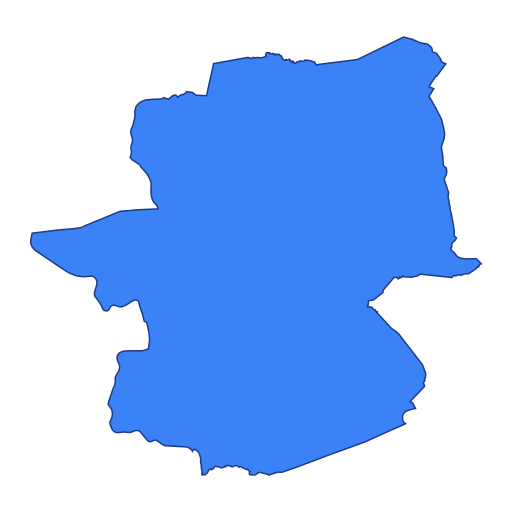 Tangamandapio, Michoacán, Mexico (orthographic projection)
{"feature_id": "50627088B20448170324578", "entity_name": "Tangamandapio", "entity_type": "district", "adm_level": 2, "iso_a3": "MEX", "parent_name": "Mexico", "parent_adm1": "Michoacán", "projection": "orthographic", "projection_center": [-102.457, 19.89], "detail": "fine", "context": "isolated", "style": "filled", "palette": "blue", "viewbox_px": 512, "rotation_deg": 0, "n_neighbors": 0, "source": "geoboundaries", "source_scale": "gbopen_adm2", "svg_char_len": 5977}
<svg xmlns="http://www.w3.org/2000/svg" viewBox="0 0 512 512"><path d="M403.7,37.0L358.7,58.9L356.8,59.6L318.8,64.4L316.2,65.0L315.1,62.7L314.3,62.0L309.2,60.5L308.0,60.3L307.3,60.5L305.3,59.9L304.9,60.2L305.1,60.6L304.1,61.1L302.3,61.4L302.1,61.0L299.7,61.0L299.9,61.4L297.9,62.1L296.8,61.9L295.8,63.2L295.1,63.6L294.1,62.7L293.6,63.0L293.3,62.9L293.2,62.4L293.5,61.6L293.0,61.2L292.0,61.2L291.8,62.0L291.4,62.1L290.3,61.4L290.1,60.6L290.4,60.2L289.7,59.4L289.0,59.3L287.8,60.1L287.0,60.0L286.4,59.4L286.2,59.4L285.5,60.2L285.0,59.9L284.7,60.1L284.0,60.1L283.0,59.4L282.6,58.2L281.5,57.7L281.8,56.8L281.3,55.9L280.8,56.0L278.9,54.3L278.1,54.6L277.6,54.5L277.2,54.2L275.8,54.2L275.1,54.5L274.9,55.0L274.5,54.8L274.4,53.9L274.0,53.7L272.6,53.5L272.3,54.0L270.6,53.9L269.6,52.7L268.4,52.8L267.5,52.5L266.3,52.9L266.0,53.8L265.7,55.7L266.1,56.1L265.5,56.6L261.0,57.9L257.3,57.4L256.8,57.8L256.3,57.9L252.7,57.5L251.9,58.7L247.9,57.4L213.6,63.6L206.5,95.7L195.8,95.2L192.6,92.5L186.4,91.6L185.1,93.5L183.8,94.2L181.3,94.8L178.3,96.6L177.8,97.3L176.2,95.3L174.8,95.0L172.4,95.8L169.2,98.8L167.8,98.9L166.5,98.7L163.8,97.6L162.0,98.7L160.3,99.1L154.4,99.2L145.8,99.9L140.7,101.9L138.1,104.1L136.7,105.6L135.8,107.2L134.9,111.1L134.8,112.9L135.0,114.4L134.9,116.6L134.4,119.1L132.8,125.9L131.6,128.1L131.0,130.2L130.7,132.6L132.6,139.7L132.4,141.8L131.0,146.0L131.0,148.2L131.5,152.1L131.2,154.3L130.1,157.5L132.2,159.8L139.7,164.7L141.0,167.1L146.6,173.3L147.9,175.3L149.1,177.5L151.1,182.8L151.2,185.0L151.0,186.6L151.0,191.7L151.2,194.4L152.0,198.6L153.2,201.4L156.8,205.4L157.5,206.6L158.0,208.9L136.9,209.8L131.7,210.4L121.1,211.2L119.6,211.5L85.8,225.4L81.5,227.5L74.9,228.5L56.1,230.2L32.1,233.2L30.9,239.5L30.7,242.2L30.9,243.6L32.0,246.8L33.5,248.6L35.3,250.4L60.7,267.6L67.5,272.0L70.6,273.6L75.2,275.4L77.9,276.1L82.0,276.6L84.2,276.7L91.6,276.1L93.8,276.8L95.4,278.1L96.9,280.8L96.9,283.1L96.7,284.7L96.2,286.7L94.5,292.2L94.4,293.1L94.7,295.5L95.2,296.7L98.0,300.2L100.7,304.4L102.6,308.5L103.7,310.1L104.9,310.7L106.2,310.9L107.8,310.7L108.7,309.9L110.7,306.7L111.2,306.0L112.6,305.3L114.2,305.2L119.9,306.8L121.5,306.8L124.9,305.6L129.4,303.0L131.2,301.7L134.3,300.1L135.9,299.9L137.9,300.7L138.6,301.6L139.8,306.5L141.5,311.5L142.4,313.6L144.3,321.3L146.2,322.1L146.9,323.2L149.0,332.5L149.6,339.1L149.2,343.4L148.6,347.3L148.2,349.0L143.9,350.4L141.4,350.8L132.8,350.7L125.2,351.0L122.4,351.5L119.6,352.6L118.0,354.6L117.3,355.9L117.1,357.0L117.1,359.2L118.3,362.6L119.5,365.3L119.6,368.5L118.6,371.3L115.6,376.5L115.2,378.3L115.3,381.2L114.7,385.0L113.2,388.4L109.1,400.3L108.3,402.8L108.2,404.4L111.4,409.1L112.1,411.0L112.4,414.1L112.0,417.0L110.8,420.4L109.9,421.8L109.9,422.9L110.2,424.6L111.9,428.9L112.9,430.3L114.1,431.5L115.6,432.3L117.2,432.7L123.5,432.0L129.2,432.5L132.2,431.9L134.0,430.9L137.1,430.4L138.8,430.8L140.1,431.6L147.4,440.4L148.7,441.4L149.8,441.7L150.8,441.7L151.6,441.5L153.9,440.3L155.2,440.1L156.1,440.2L156.9,440.6L162.1,444.3L165.0,445.6L166.2,445.8L186.2,446.9L188.3,447.5L190.4,448.8L191.8,450.2L192.5,451.2L192.7,450.5L193.6,449.7L194.6,449.4L195.3,449.6L197.4,451.1L199.2,453.2L200.6,458.0L200.6,459.9L200.9,461.2L200.5,462.0L201.3,465.2L201.2,466.7L201.5,468.2L201.5,469.2L202.3,471.6L202.3,472.4L201.7,473.8L202.0,474.3L202.0,474.9L203.1,474.9L203.7,474.4L205.3,474.8L206.4,473.2L207.5,472.8L208.2,471.0L208.6,470.7L208.6,469.9L209.9,469.2L211.4,469.6L211.5,468.9L212.9,469.1L213.6,468.0L215.1,466.3L216.4,466.4L217.0,466.7L218.2,466.7L221.7,467.9L224.3,467.0L224.4,466.4L224.9,466.3L225.7,466.8L225.8,466.0L226.1,465.6L226.8,465.4L227.7,465.8L228.6,465.6L230.2,466.0L232.1,466.9L233.9,466.0L235.7,465.7L236.7,465.7L237.6,466.0L239.1,467.2L239.9,466.4L240.5,466.4L241.1,466.7L241.7,467.4L243.6,468.0L245.6,469.2L247.0,469.5L247.8,469.5L248.9,470.9L250.2,471.7L249.2,473.2L249.6,474.5L250.7,474.9L255.5,474.9L257.4,473.2L258.4,472.7L261.0,472.4L261.9,472.8L262.6,473.2L264.2,473.3L269.0,475.0L277.8,472.1L280.8,472.3L282.4,472.1L297.7,466.8L327.5,455.5L365.0,441.9L383.7,433.4L405.6,423.7L403.9,422.6L402.7,420.4L402.5,417.2L402.8,414.9L404.2,412.9L406.1,411.2L411.8,409.2L415.5,408.5L413.1,403.5L412.1,402.4L410.0,401.7L424.6,386.3L423.5,382.5L423.7,381.7L424.8,381.0L424.9,380.7L424.6,380.0L424.6,379.3L425.1,378.2L425.7,375.9L425.6,372.6L424.5,370.3L422.5,364.8L399.2,334.6L396.1,331.6L391.7,328.6L377.0,312.8L377.4,312.6L377.5,311.9L375.7,311.6L375.5,310.0L373.9,309.5L373.2,309.0L371.9,307.4L371.5,307.2L369.1,306.8L367.5,306.8L367.9,306.3L368.0,304.7L368.4,304.1L368.3,300.9L373.6,299.9L382.6,292.7L383.1,292.1L382.8,291.4L383.2,290.1L394.2,277.3L396.9,277.5L398.2,278.9L399.2,278.2L399.5,276.9L399.9,277.0L399.9,277.4L400.1,277.6L401.2,277.7L401.9,276.7L402.8,276.2L402.8,276.7L412.4,277.3L414.2,276.4L415.9,276.3L418.9,275.3L420.1,274.1L451.8,277.5L453.5,275.9L454.8,275.5L455.4,275.9L456.9,275.5L458.5,274.7L460.8,275.3L464.9,273.7L465.7,274.0L466.2,273.8L468.8,273.8L469.3,273.2L472.2,271.4L475.5,268.9L475.9,268.9L476.2,268.1L476.6,267.6L477.6,267.4L477.3,267.0L478.9,266.4L479.1,264.8L481.3,263.8L476.2,258.7L467.1,258.9L464.6,258.8L461.8,258.4L459.9,257.8L457.5,256.7L456.6,255.8L454.7,253.3L453.0,251.6L451.9,250.8L450.9,249.4L451.1,248.0L451.9,246.4L451.7,245.9L451.8,244.6L452.1,243.5L452.9,242.3L455.4,240.0L456.5,237.9L454.5,236.2L454.1,235.0L454.3,231.7L453.5,225.6L451.1,212.9L450.1,209.7L450.0,206.8L449.1,202.9L448.9,200.5L448.1,197.6L448.6,192.6L444.1,179.2L445.3,176.3L445.7,176.0L446.3,174.2L446.8,171.4L446.3,168.0L443.7,166.1L443.2,163.4L442.8,156.2L441.7,149.5L441.5,146.1L444.0,139.3L444.7,134.0L443.6,127.7L441.7,120.0L440.8,117.9L436.5,109.5L431.4,100.3L429.6,97.4L429.3,96.0L429.6,94.9L430.2,94.5L433.8,88.7L429.1,86.8L431.8,82.1L435.9,76.2L437.1,75.9L437.5,75.1L439.8,71.9L445.8,63.9L441.4,61.9L440.8,59.3L436.5,53.4L435.6,52.9L432.7,52.1L432.3,51.4L432.1,49.4L431.8,48.1L430.7,46.7L427.3,44.0L423.7,43.5L419.8,42.6L412.8,39.5L403.7,37.0Z" fill="#3b82f6" stroke="#1e3a8a" stroke-width="1.5"/></svg>